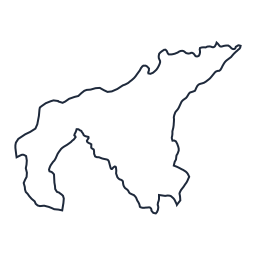 the district of Chhimung, Pemagatsel, Bhutan
{"feature_id": "84629894B81792888214428", "entity_name": "Chhimung", "entity_type": "district", "adm_level": 2, "iso_a3": "BTN", "parent_name": "Bhutan", "parent_adm1": "Pemagatsel", "projection": "natural_earth1", "projection_center": [91.294, 27.039], "detail": "fine", "context": "isolated", "style": "outline", "palette": "slate", "viewbox_px": 256, "rotation_deg": 0, "n_neighbors": 0, "source": "geoboundaries", "source_scale": "gbopen_adm2", "svg_char_len": 5476}
<svg xmlns="http://www.w3.org/2000/svg" viewBox="0 0 256 256"><path d="M240.6,45.8L239.2,45.4L238.3,45.3L237.0,46.1L235.8,46.8L235.6,47.6L235.1,48.5L234.3,49.0L233.6,49.1L232.8,49.0L232.1,48.7L231.2,48.0L229.9,46.6L228.2,45.5L227.1,45.5L225.7,45.6L223.8,45.9L222.2,46.4L221.1,46.6L220.2,46.4L219.2,45.5L218.5,44.5L217.5,43.4L216.6,42.6L216.2,43.9L214.9,46.3L214.3,46.8L213.5,47.2L212.4,47.2L210.8,46.6L209.4,46.4L207.3,46.6L205.7,47.4L203.3,47.3L201.5,47.5L200.0,48.0L199.7,49.4L200.0,51.2L200.0,52.6L199.5,54.6L198.7,55.9L197.5,56.4L196.2,56.4L195.4,56.0L194.5,54.7L193.5,53.5L192.1,52.8L191.1,52.8L190.1,53.3L188.9,53.5L188.0,53.5L186.2,53.1L184.7,51.9L183.6,51.1L182.2,50.8L180.5,51.0L178.7,51.8L177.6,52.6L177.0,52.8L174.8,53.7L172.7,54.2L171.4,54.4L168.8,54.4L167.9,53.5L167.2,52.0L166.7,50.9L165.5,49.7L164.1,49.8L161.8,51.3L160.4,52.4L159.2,53.7L158.7,56.1L158.8,58.1L159.3,59.3L160.1,61.0L160.1,62.4L159.6,64.0L158.7,66.0L157.6,68.0L156.4,69.7L154.7,71.3L152.9,72.8L150.4,73.8L148.4,73.4L148.2,72.3L148.9,70.6L148.9,69.5L149.0,68.5L147.0,66.4L145.7,65.7L143.3,65.7L142.2,66.5L141.5,67.5L141.1,67.9L139.8,70.4L136.8,74.5L135.7,76.1L134.2,77.9L133.0,79.0L131.4,80.4L130.4,81.1L128.1,83.0L126.2,84.0L125.2,84.5L122.8,85.4L117.3,89.0L111.8,91.4L107.5,91.9L103.9,90.2L99.8,87.9L98.2,88.0L95.5,88.2L90.6,89.6L86.7,89.9L84.3,90.8L81.4,93.1L78.3,96.0L74.6,96.9L69.1,98.8L65.1,101.6L62.6,102.8L58.4,101.5L58.1,101.0L53.5,100.4L50.8,101.2L45.8,103.2L41.5,106.2L39.9,107.5L39.5,109.3L38.9,115.9L37.3,124.3L35.4,128.6L30.2,131.9L25.2,134.3L18.3,138.9L15.9,142.6L15.4,145.2L15.4,147.9L16.2,154.5L16.6,157.3L20.8,155.2L21.8,154.8L22.7,154.7L23.6,154.8L24.5,155.2L25.4,155.7L26.1,156.1L26.8,160.5L26.5,164.7L25.8,168.2L26.9,172.7L26.6,176.9L25.1,179.7L23.7,183.0L24.8,187.0L25.0,189.4L25.8,192.0L27.6,193.8L29.3,196.2L31.6,198.8L34.7,201.4L35.7,203.8L37.7,205.5L38.5,205.7L39.9,206.1L44.1,205.7L48.8,206.9L51.6,208.0L54.2,209.2L58.5,209.6L62.2,210.4L63.4,203.1L63.8,198.5L63.0,195.8L61.5,194.4L60.3,193.6L59.1,192.6L56.9,191.8L55.2,189.0L55.0,186.1L54.4,182.6L54.0,174.4L53.2,173.4L51.7,172.0L49.5,171.3L49.0,169.7L49.5,168.0L50.3,166.0L51.0,164.8L53.1,161.8L54.4,160.5L54.8,159.8L55.2,159.1L55.6,158.5L56.1,157.3L57.7,153.7L59.1,151.6L60.1,150.3L61.1,148.9L61.6,148.5L62.2,147.9L63.9,146.7L67.1,144.8L69.5,143.1L71.1,141.9L72.2,140.7L73.8,139.5L74.8,138.2L75.6,137.1L75.3,136.3L74.7,135.8L74.3,135.3L74.6,134.2L75.0,133.3L75.5,132.5L75.9,131.4L76.2,130.7L76.6,129.2L77.3,129.2L78.1,129.2L79.0,129.6L79.8,130.3L80.7,130.6L81.4,131.0L81.7,131.8L82.5,132.8L83.2,133.9L83.6,135.0L84.4,135.7L85.5,136.2L87.0,136.6L88.4,136.9L88.6,138.0L88.2,138.6L87.6,139.6L86.9,140.7L87.0,141.4L87.4,142.1L88.1,142.6L89.1,143.2L90.2,143.6L91.3,144.3L91.3,144.9L91.3,145.7L91.2,147.4L91.5,148.1L92.2,148.6L93.7,149.5L93.9,150.2L94.0,151.2L94.1,152.0L94.1,152.9L94.1,153.8L94.5,154.7L95.1,156.4L96.1,156.9L97.0,157.2L97.7,157.2L98.4,157.2L99.4,157.4L100.4,157.8L102.2,158.5L103.9,158.9L106.4,159.4L107.7,159.8L108.6,160.8L109.1,162.3L110.0,165.7L110.4,167.2L110.6,167.9L110.9,168.5L111.4,169.0L112.0,169.0L112.6,168.3L113.1,167.7L113.8,167.1L114.7,166.5L115.5,166.7L115.9,167.2L116.0,167.9L116.3,170.8L116.2,171.7L116.1,173.5L117.4,177.2L118.4,178.4L119.5,179.3L120.8,179.7L121.8,180.2L122.8,181.2L123.0,182.4L123.1,183.6L123.3,184.5L123.5,185.4L124.0,186.5L125.0,188.0L127.3,189.7L128.2,190.7L128.9,192.1L129.6,193.1L130.7,193.7L132.8,194.7L133.8,195.0L134.4,195.7L135.2,196.4L136.2,197.9L136.8,199.4L137.3,200.6L138.1,201.8L139.1,203.7L139.6,205.3L139.9,206.8L140.7,207.3L142.1,207.7L142.8,207.8L143.5,207.8L144.2,207.8L144.9,207.7L145.6,207.6L146.3,207.6L147.0,207.5L147.6,207.5L148.3,207.4L149.1,207.4L149.7,207.4L150.3,207.8L150.8,208.3L151.2,208.9L151.4,209.6L151.4,210.4L151.7,211.0L152.2,211.6L152.7,212.1L153.1,212.7L153.8,213.0L154.4,213.1L155.1,213.3L155.8,213.4L157.0,212.0L157.9,209.9L158.3,207.5L158.1,206.0L157.7,204.8L158.0,202.6L158.7,200.7L159.0,199.0L159.0,196.8L159.0,195.0L165.2,195.9L167.7,195.5L169.7,195.7L170.9,196.1L171.7,196.8L172.5,197.5L173.4,198.3L174.2,199.3L174.6,199.9L175.9,202.6L176.7,204.2L176.9,204.9L178.0,203.3L180.3,200.4L180.2,198.7L180.1,197.3L180.0,196.3L179.8,195.1L179.6,194.3L179.5,193.3L180.2,191.6L181.1,189.9L183.6,186.7L185.1,184.4L186.5,182.5L187.5,180.6L188.4,178.5L189.2,176.8L188.7,175.7L187.8,173.9L187.0,172.8L185.9,171.7L185.0,171.1L184.2,170.6L183.1,169.9L181.6,169.2L179.6,168.1L177.6,167.1L176.7,166.7L175.4,166.2L173.8,165.6L174.0,164.6L174.7,161.8L176.0,159.5L176.3,156.7L176.5,155.4L177.6,153.6L178.1,152.2L178.7,150.6L178.7,148.7L178.3,146.9L177.2,143.8L176.1,141.8L175.8,141.3L174.1,140.5L172.5,140.7L172.2,139.7L172.0,139.1L171.8,137.9L171.8,137.3L172.1,136.3L172.4,134.1L172.4,131.3L173.3,127.7L173.7,124.9L173.7,124.2L173.9,121.8L174.0,119.2L173.8,117.5L174.0,116.3L174.3,115.0L174.8,113.7L175.2,112.5L175.8,111.6L177.2,110.0L178.2,108.7L179.1,107.0L180.7,103.5L181.5,101.8L182.4,100.7L183.3,99.9L184.4,99.1L186.0,98.0L187.0,96.8L188.1,95.0L189.0,93.5L190.2,92.4L191.4,92.1L193.2,91.5L194.9,90.8L195.5,89.7L196.2,88.0L197.4,85.8L198.6,84.6L199.5,84.1L200.8,83.7L202.0,83.4L203.9,82.8L205.9,81.6L208.1,79.9L209.5,78.8L210.3,78.0L211.6,76.5L215.0,72.3L216.2,71.4L217.7,70.9L219.2,70.8L220.4,69.9L221.0,68.9L221.7,67.7L222.5,66.0L224.0,63.4L224.9,62.1L225.8,61.1L226.7,60.3L229.9,57.9L231.1,57.0L232.4,55.4L233.9,53.7L236.2,51.5L237.1,50.8L238.0,49.9L239.5,48.7L240.2,47.6L240.6,45.8Z" fill="none" stroke="#1e293b" stroke-width="2"/></svg>